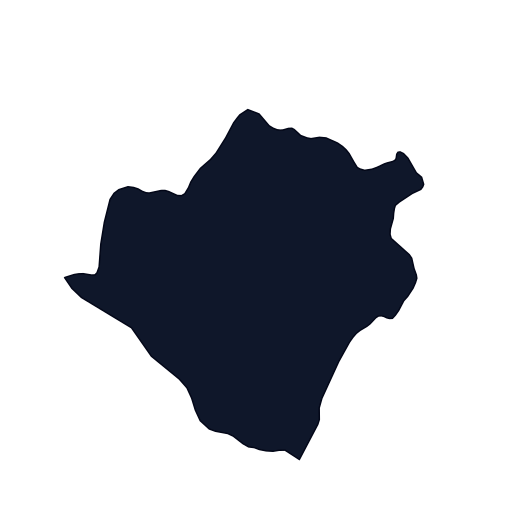 map outline of Teleorman (Albers equal-area conic projection), rotated 35°
{"feature_id": "ROU-127", "entity_name": "Teleorman", "entity_type": "County", "adm_level": 1, "iso_a3": "ROU", "parent_name": "Romania", "parent_adm1": "", "projection": "albers", "projection_center": [25.251, 44.09], "detail": "fine", "context": "isolated", "style": "filled", "palette": "ink", "viewbox_px": 512, "rotation_deg": 35, "n_neighbors": 0, "source": "natural_earth", "source_scale": "10m", "svg_char_len": 1853}
<svg xmlns="http://www.w3.org/2000/svg" viewBox="0 0 512 512"><g transform="rotate(35 256 256)"><path d="M408.2,397.8L391.1,398.4L386.2,402.0L381.9,406.2L376.0,409.8L369.7,412.6L364.5,413.9L359.4,416.6L353.1,417.2L340.6,416.6L338.9,416.9L334.7,417.6L323.3,422.8L316.9,424.5L304.8,422.9L294.7,417.0L285.2,409.6L284.3,409.0L275.1,403.6L263.7,400.8L227.8,398.1L195.2,386.2L136.8,390.1L123.8,388.1L111.7,383.5L111.7,383.4L112.0,382.9L117.7,375.5L120.9,372.4L124.6,369.6L132.3,365.9L134.9,363.9L135.4,361.0L133.8,355.0L122.0,335.2L112.4,315.3L104.0,293.3L103.8,286.0L105.6,280.3L111.4,272.7L116.4,270.1L120.9,268.7L125.7,268.3L129.6,267.3L132.4,265.7L140.7,256.8L143.9,254.5L147.5,253.3L156.8,251.6L160.4,249.3L162.0,245.8L161.5,238.6L160.2,232.8L159.8,226.4L160.2,216.1L163.4,203.1L164.3,194.6L163.4,176.5L161.3,159.6L161.5,153.5L161.8,149.6L165.3,140.8L177.1,137.9L192.0,141.8L196.7,141.5L200.9,140.5L203.7,139.0L205.8,137.3L209.4,132.9L212.1,130.8L214.8,130.5L223.4,131.7L230.1,130.0L233.8,128.3L239.9,122.4L245.7,119.1L258.1,116.7L264.3,116.7L269.1,117.4L273.5,118.7L282.3,122.9L288.1,125.4L291.2,125.1L295.9,123.5L301.3,118.3L304.3,114.0L308.4,106.8L310.1,104.5L313.7,100.3L314.9,98.1L314.9,95.8L312.9,91.9L312.8,89.6L314.3,88.1L318.1,87.5L324.3,88.7L339.6,95.9L346.5,96.5L352.2,101.1L352.9,103.7L352.8,106.9L348.1,115.1L342.4,129.6L341.1,134.6L342.1,137.7L344.1,141.8L346.9,146.5L350.5,156.7L353.3,161.3L356.7,164.1L380.8,167.0L384.8,168.5L392.6,175.6L398.1,179.5L400.5,182.0L401.9,186.3L403.1,192.2L403.4,202.2L402.7,207.9L404.1,218.7L404.1,224.5L403.5,228.8L401.2,230.6L398.6,231.6L395.5,232.1L393.1,233.0L390.7,234.9L389.5,238.0L388.3,246.2L387.1,250.1L383.9,257.2L382.5,261.9L382.0,267.1L382.0,272.9L384.3,294.9L391.6,334.8L394.9,344.2L401.7,353.7L403.2,358.5L408.2,397.6L408.2,397.8Z" fill="#0f172a" stroke="#020617" stroke-width="1.5"/></g></svg>